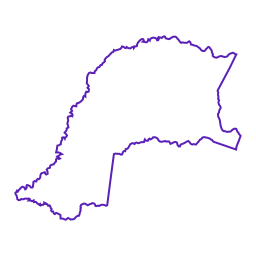 Rochedo, Mato Grosso do Sul, Brazil (Robinson projection)
{"feature_id": "56859067B80674621579235", "entity_name": "Rochedo", "entity_type": "district", "adm_level": 2, "iso_a3": "BRA", "parent_name": "Brazil", "parent_adm1": "Mato Grosso do Sul", "projection": "robinson", "projection_center": [-54.738, -19.978], "detail": "fine", "context": "isolated", "style": "outline", "palette": "violet", "viewbox_px": 256, "rotation_deg": 0, "n_neighbors": 0, "source": "geoboundaries", "source_scale": "gbopen_adm2", "svg_char_len": 5642}
<svg xmlns="http://www.w3.org/2000/svg" viewBox="0 0 256 256"><path d="M123.6,46.9L122.0,46.4L121.4,47.8L120.2,49.0L117.0,50.0L115.0,50.6L113.9,50.0L113.2,52.0L111.4,52.7L110.7,53.8L109.6,54.8L108.5,56.1L106.9,57.0L105.6,58.4L104.6,59.9L105.0,61.3L103.7,62.5L102.5,63.4L101.9,64.9L100.5,65.1L99.5,67.0L97.9,67.3L96.9,68.4L96.2,70.2L95.2,70.8L94.6,71.8L94.5,73.0L92.0,73.1L90.5,72.5L89.1,72.9L88.5,73.9L87.7,75.0L87.4,76.4L87.0,77.7L87.1,78.9L87.0,80.8L86.8,83.4L88.0,84.8L88.8,86.1L87.5,87.8L88.9,89.1L88.7,91.5L87.4,92.1L86.3,91.7L85.6,93.0L85.3,94.5L85.4,96.7L83.8,96.1L83.2,97.1L83.0,99.1L81.9,100.5L80.3,101.9L79.4,102.4L78.4,103.1L77.2,103.1L76.5,104.0L76.3,106.3L75.0,106.2L73.8,105.7L72.5,106.3L71.8,107.7L71.0,109.2L72.1,110.9L70.3,112.6L71.8,113.4L72.6,114.9L72.3,116.3L70.9,115.7L69.8,116.4L68.2,116.6L67.7,117.8L67.9,119.0L68.2,120.5L67.7,122.2L67.3,123.6L67.9,125.1L68.4,127.4L66.7,128.4L66.7,129.6L66.1,131.0L64.6,132.6L66.0,134.1L67.0,135.5L66.2,136.9L65.2,137.5L64.8,138.7L64.1,137.5L63.1,137.3L62.1,137.7L62.3,139.3L61.6,140.6L60.9,142.2L60.9,144.1L58.9,145.3L57.4,145.6L57.1,147.1L56.9,149.3L56.4,151.1L56.1,152.4L57.3,152.5L58.5,152.4L60.3,153.1L61.8,154.1L60.5,154.4L59.0,155.6L57.2,156.5L58.4,157.4L59.9,158.5L58.9,159.0L57.4,158.2L56.5,158.7L56.0,159.7L56.0,161.5L54.7,162.8L53.8,164.3L51.5,164.8L50.3,165.6L49.9,167.8L47.9,168.3L46.7,169.6L47.5,171.5L47.7,173.7L46.2,174.5L45.3,173.7L44.8,172.2L43.6,172.6L42.2,173.0L41.1,173.6L40.4,175.4L40.3,177.0L39.8,178.3L38.9,179.2L37.7,178.9L36.8,179.8L36.4,181.4L34.5,181.1L33.3,182.1L33.4,183.6L33.0,185.2L33.1,186.6L32.1,187.6L30.8,187.4L30.0,186.2L28.8,185.5L27.0,185.0L26.4,186.2L26.7,187.5L26.1,188.7L25.2,189.3L24.6,187.8L23.4,187.1L22.3,186.7L21.4,187.4L20.5,188.2L19.8,189.0L18.7,190.2L17.8,191.6L17.0,190.7L16.3,192.1L15.4,192.8L15.5,194.0L16.5,195.4L17.1,197.5L17.3,199.1L18.7,200.2L20.2,199.9L21.2,199.0L22.6,199.3L24.1,199.0L25.1,198.6L26.1,198.6L27.2,198.8L28.4,198.5L29.6,199.0L28.6,200.5L30.5,200.4L31.9,201.2L33.7,200.4L33.9,202.1L34.9,201.9L36.0,202.0L37.3,203.5L38.5,204.0L39.4,204.9L40.1,204.0L40.8,205.4L41.7,204.9L43.1,204.9L43.8,203.7L45.0,203.9L44.6,202.8L46.1,203.5L47.5,204.5L48.2,205.8L49.5,205.4L50.3,206.2L50.5,207.7L51.6,208.9L51.1,210.4L51.7,211.4L53.0,211.4L53.8,213.4L54.9,214.1L55.9,213.0L57.0,213.1L58.5,213.9L60.4,214.9L60.5,217.0L60.6,218.5L62.3,218.5L63.4,218.8L64.6,219.4L65.9,219.7L67.1,218.6L68.1,218.0L69.7,218.8L70.6,219.6L71.6,219.3L73.3,219.3L74.8,218.5L75.7,217.2L76.7,216.5L77.6,215.8L78.9,215.8L79.4,214.7L79.8,212.9L80.2,211.6L80.7,210.1L80.4,209.0L80.9,207.8L80.4,206.6L81.1,204.9L82.4,204.2L83.7,203.6L84.9,203.6L86.3,204.4L87.8,205.3L88.9,204.6L89.9,204.2L91.0,203.9L92.3,203.1L93.9,203.4L95.0,204.5L95.5,206.0L96.7,206.1L97.9,205.6L99.3,206.0L101.0,204.8L102.9,204.8L103.9,204.9L104.9,205.2L106.0,205.8L107.2,205.2L110.5,179.7L113.9,154.1L115.1,153.7L116.5,153.7L117.6,153.8L119.4,153.8L120.8,154.6L122.1,154.4L123.0,152.0L124.0,151.1L125.2,151.2L125.7,149.1L127.2,148.8L128.3,147.8L129.3,145.9L130.4,144.1L132.5,143.1L134.6,144.0L135.3,142.9L136.9,142.6L138.0,143.2L139.1,143.1L140.2,142.5L141.7,142.1L143.0,142.2L144.1,142.0L144.4,140.5L144.9,139.4L145.6,140.4L146.9,140.8L147.9,140.8L148.5,139.4L149.5,138.6L150.3,139.4L151.5,138.9L152.4,138.3L153.1,137.3L154.8,137.2L156.5,137.8L157.8,138.8L158.4,140.1L159.3,141.2L161.0,141.8L163.3,141.5L165.2,141.0L166.7,141.7L167.7,141.4L168.9,141.4L169.8,142.6L170.5,143.9L172.5,143.0L174.0,142.2L175.5,142.0L176.8,142.4L177.2,143.4L177.6,145.1L178.7,146.4L180.0,146.4L180.5,144.7L181.5,144.2L183.4,143.5L185.2,142.6L186.7,141.6L188.3,141.0L189.4,141.9L190.2,143.1L191.0,144.0L192.3,144.5L193.6,144.1L194.5,144.3L196.0,144.5L197.2,143.1L198.4,141.8L199.3,140.6L200.0,139.6L201.3,139.1L202.3,137.6L204.3,137.1L205.9,137.5L207.7,137.8L209.6,138.5L210.8,139.5L212.0,139.9L213.4,141.7L236.1,149.5L236.4,147.0L237.5,144.0L238.4,141.8L239.0,140.4L239.5,138.8L240.6,135.9L239.8,134.9L238.9,133.9L238.4,132.7L237.6,131.9L236.9,130.5L236.3,128.9L234.9,128.6L232.7,129.5L231.0,131.2L229.8,131.7L228.7,131.7L227.4,131.9L226.3,131.7L225.2,131.2L224.1,131.2L223.1,130.8L222.0,129.6L221.4,128.0L220.8,126.3L220.2,123.1L220.1,121.9L219.9,120.7L219.6,119.6L219.0,118.1L218.2,116.6L218.0,114.0L219.0,112.3L219.2,110.9L219.5,109.8L220.2,108.8L220.7,107.7L220.2,106.1L219.1,104.7L218.5,103.0L218.5,101.7L219.1,100.2L218.1,98.9L218.5,97.5L218.3,96.3L218.0,94.5L218.3,92.5L217.6,91.0L217.9,89.7L218.6,88.8L220.0,86.1L228.9,69.4L229.5,68.3L236.3,54.4L235.1,54.1L233.8,53.1L232.6,52.8L229.8,53.8L228.6,54.6L227.6,56.1L226.5,56.7L224.5,57.0L222.9,56.6L221.4,56.0L219.9,56.3L218.7,56.6L217.6,57.3L216.4,57.7L214.7,57.3L213.4,56.6L212.7,55.7L212.9,54.3L212.0,52.5L211.6,50.4L210.5,48.9L209.4,47.3L208.3,46.9L207.4,47.9L206.2,48.9L205.2,50.3L204.3,51.0L202.6,51.0L200.9,49.8L200.0,48.4L198.5,47.4L197.6,46.6L196.3,45.9L194.6,45.6L192.4,44.8L191.0,44.5L190.6,43.2L190.2,42.1L189.1,41.3L188.0,42.1L187.0,42.8L185.4,42.8L184.0,42.7L182.3,42.4L181.0,42.8L179.7,41.5L178.6,39.8L177.8,39.0L177.1,38.3L176.3,37.2L175.1,36.6L173.1,36.8L171.8,37.5L170.7,38.0L169.7,39.0L168.5,39.1L166.8,38.6L165.6,38.3L165.1,36.7L164.0,36.3L162.9,36.9L161.8,38.0L160.9,37.5L159.8,37.5L158.6,37.1L158.0,38.0L158.8,38.9L158.2,40.1L157.2,40.4L156.5,38.7L155.1,38.0L153.5,37.6L151.7,38.0L150.1,39.2L149.8,40.6L148.3,39.3L147.8,40.9L147.0,42.1L146.0,42.3L144.0,41.9L142.8,41.7L143.8,40.6L143.3,39.2L141.9,39.0L140.4,39.9L139.2,41.2L138.0,42.5L137.2,44.3L136.8,46.2L135.0,46.4L133.9,47.9L133.8,46.6L132.6,47.0L131.4,47.6L130.3,48.4L128.2,48.1L126.6,47.0L125.9,48.1L124.7,47.8L123.6,46.9Z" fill="none" stroke="#5b21b6" stroke-width="2"/></svg>